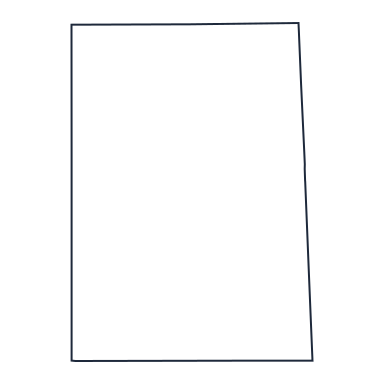 outline of Greene, Mississippi, United States of America
{"feature_id": "52423323B4006821929898", "entity_name": "Greene", "entity_type": "district", "adm_level": 2, "iso_a3": "USA", "parent_name": "United States of America", "parent_adm1": "Mississippi", "projection": "equal_earth", "projection_center": [-88.55, 31.217], "detail": "fine", "context": "isolated", "style": "outline", "palette": "slate", "viewbox_px": 384, "rotation_deg": 0, "n_neighbors": 0, "source": "geoboundaries", "source_scale": "gbopen_adm2", "svg_char_len": 355}
<svg xmlns="http://www.w3.org/2000/svg" viewBox="0 0 384 384"><path d="M71.5,24.7L71.6,152.6L71.6,360.6L75.4,361.0L232.3,360.7L312.5,360.7L312.4,359.3L312.4,358.5L308.8,271.1L305.2,181.7L305.1,180.8L304.7,168.8L304.8,164.3L304.3,152.8L301.1,84.7L299.0,34.6L299.0,34.3L298.5,23.0L190.7,24.3L71.5,24.7Z" fill="none" stroke="#1e293b" stroke-width="2"/></svg>